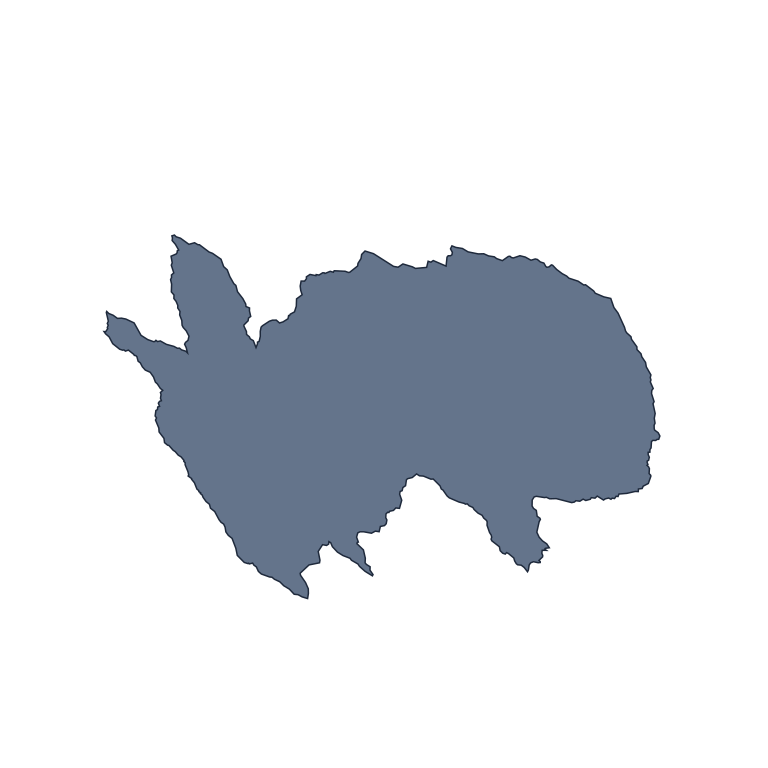 the district of Chitagà, Norte de Santander, Colombia, rotated 317°
{"feature_id": "7082276B34318906622646", "entity_name": "Chitagà", "entity_type": "district", "adm_level": 2, "iso_a3": "COL", "parent_name": "Colombia", "parent_adm1": "Norte de Santander", "projection": "equal_earth", "projection_center": [-72.568, 7.068], "detail": "fine", "context": "isolated", "style": "filled", "palette": "slate", "viewbox_px": 768, "rotation_deg": 317, "n_neighbors": 0, "source": "geoboundaries", "source_scale": "gbopen_adm2", "svg_char_len": 6171}
<svg xmlns="http://www.w3.org/2000/svg" viewBox="0 0 768 768"><g transform="rotate(317 384 384)"><path d="M608.2,476.1L604.2,470.2L600.4,461.7L600.8,459.0L599.1,448.9L597.6,447.8L596.1,441.2L591.4,432.7L591.2,429.6L589.6,424.9L588.4,418.1L588.3,412.1L587.6,411.0L584.6,410.9L582.7,409.7L582.5,408.3L583.4,404.6L581.6,401.4L581.1,397.5L579.9,395.7L575.9,393.7L573.9,387.5L570.9,382.9L564.5,380.0L563.5,378.5L563.2,376.4L561.9,375.5L554.7,374.5L551.9,369.1L551.4,366.2L547.8,361.6L545.8,356.8L541.7,353.2L535.6,344.7L533.8,338.4L529.7,333.1L527.9,329.3L524.8,330.5L523.8,334.3L521.9,335.8L520.2,335.6L518.4,334.0L516.6,334.2L509.8,340.1L504.2,327.3L501.4,326.9L500.0,324.3L494.7,327.8L485.8,320.9L484.7,317.7L479.7,309.1L474.0,308.2L471.2,304.5L465.2,281.5L460.8,273.8L456.0,274.0L452.7,276.6L447.3,278.0L445.2,279.7L435.1,278.9L434.0,278.1L432.5,275.1L424.8,267.2L423.2,267.7L421.5,264.9L416.2,262.9L416.1,261.9L414.9,260.8L410.8,260.0L409.0,257.7L408.1,258.3L404.6,253.4L400.3,252.7L399.1,254.1L396.1,254.6L393.6,252.2L389.5,255.2L386.9,258.8L385.0,262.9L378.1,262.1L372.9,267.3L367.7,270.2L363.1,269.0L361.5,269.5L360.9,268.9L358.3,270.8L352.5,269.7L349.2,268.1L348.8,263.8L345.9,261.2L343.0,259.9L334.8,258.5L332.9,258.6L329.4,261.1L326.0,264.8L321.7,267.7L320.0,267.1L319.0,268.3L315.2,270.1L318.0,263.2L317.0,259.8L317.7,257.7L317.3,254.0L319.2,251.8L321.1,245.9L321.9,245.3L327.7,245.1L329.9,243.4L332.6,243.7L335.5,238.7L337.5,236.7L335.9,233.2L337.4,231.2L339.0,225.3L339.8,216.6L342.9,210.9L342.6,208.2L344.5,200.3L347.2,193.6L346.8,188.8L349.9,181.6L347.7,171.5L346.1,168.2L344.0,156.3L342.9,155.2L341.8,151.5L336.6,148.8L334.6,138.6L332.4,134.6L332.3,132.1L329.9,131.0L328.9,132.9L326.9,134.6L326.7,139.6L325.2,146.0L323.6,145.6L322.4,146.8L320.8,147.2L315.4,145.3L311.7,151.0L309.5,152.0L306.0,159.4L302.9,159.3L301.3,161.2L299.1,162.1L296.8,166.1L291.3,171.6L291.1,175.7L288.6,178.2L288.3,181.7L286.8,185.9L285.0,187.7L284.3,191.8L281.7,194.1L279.4,199.7L276.4,203.3L275.7,205.7L275.6,210.2L274.0,216.0L270.4,218.4L267.2,218.2L265.3,218.9L264.1,222.6L261.5,227.2L261.4,224.9L259.2,220.9L258.9,218.3L257.3,217.0L256.0,213.2L251.9,206.6L249.8,200.0L247.3,198.5L247.0,196.5L245.3,196.6L244.3,195.8L241.5,190.4L239.5,182.7L242.9,168.9L239.5,160.4L236.9,156.8L233.8,154.2L232.8,149.0L230.8,144.7L230.7,141.8L229.7,142.3L225.2,150.1L222.9,151.0L222.4,152.9L220.1,154.0L219.7,155.1L216.1,155.9L215.0,154.7L214.6,157.4L215.1,162.1L213.1,169.5L214.4,178.3L215.9,181.0L217.0,181.7L217.3,183.6L220.2,184.9L221.2,191.7L220.9,192.8L221.8,193.9L221.9,195.5L219.7,199.7L220.2,202.3L219.0,206.6L218.9,211.0L221.0,216.0L220.2,221.7L218.1,226.7L218.3,229.4L217.4,234.8L217.9,237.7L214.7,237.7L213.7,239.7L210.8,242.0L209.8,244.4L208.0,243.6L205.9,244.1L204.6,247.3L202.8,246.5L200.9,248.2L199.1,247.8L194.8,251.3L194.5,253.7L192.3,254.5L189.3,262.6L186.8,265.7L186.0,273.7L183.5,277.2L184.0,281.1L184.8,282.3L184.6,288.6L185.2,291.1L185.0,295.7L185.9,298.9L185.6,303.5L184.8,304.1L184.9,305.9L183.5,307.4L180.8,314.5L179.1,317.4L178.0,317.7L178.8,322.0L178.3,322.4L178.0,326.9L175.5,333.3L175.8,335.5L175.2,336.5L175.7,338.5L175.0,338.8L175.3,341.3L174.4,343.4L173.7,348.6L174.3,352.9L172.4,356.5L173.2,361.8L170.8,370.8L170.5,374.0L171.2,377.1L170.1,380.4L167.5,384.3L166.9,388.5L167.6,393.3L163.6,403.1L159.8,409.3L160.1,419.2L162.1,422.7L162.8,422.8L162.9,423.8L165.8,425.4L165.3,427.7L165.9,430.7L164.3,435.5L164.7,439.3L168.7,447.1L170.3,448.9L170.7,452.1L172.9,457.6L173.1,463.2L174.9,469.5L174.9,476.5L177.5,479.5L178.9,483.8L181.8,488.8L185.9,485.6L189.0,482.1L191.2,475.7L192.5,467.0L193.6,465.2L205.8,465.2L214.9,470.8L217.0,469.2L221.7,461.6L229.5,459.6L231.9,462.9L234.4,463.3L236.2,461.7L236.8,463.7L235.3,467.8L235.3,475.2L237.0,481.5L240.3,488.3L240.0,490.7L242.2,497.9L241.7,500.7L242.4,508.2L244.7,516.4L246.0,515.9L246.8,510.6L249.2,508.2L248.1,504.0L248.2,501.9L251.5,498.7L255.8,491.3L255.3,482.4L256.4,481.6L257.4,482.1L259.5,477.3L263.3,475.0L265.6,475.7L268.4,478.3L273.1,484.6L277.3,485.7L279.7,488.7L284.2,485.7L287.8,487.9L290.3,487.7L293.4,485.4L294.1,483.0L296.8,480.4L299.2,480.3L299.9,481.3L301.3,480.9L304.7,482.9L308.1,482.7L310.5,485.5L317.7,481.1L320.3,475.2L322.5,473.6L324.5,474.4L327.2,472.6L330.4,473.1L335.0,469.4L336.6,469.3L340.9,471.7L346.5,472.0L347.3,475.3L350.0,478.2L353.4,485.6L355.2,487.1L355.5,496.8L354.3,499.8L354.8,501.8L353.8,508.9L354.1,511.8L358.3,521.4L361.4,526.3L361.5,527.3L363.2,528.5L363.2,531.1L364.8,534.9L364.3,537.2L364.7,542.6L366.2,546.9L365.5,550.0L365.9,553.7L365.5,555.1L363.0,557.6L359.9,564.6L359.4,567.5L358.3,569.5L356.5,570.5L355.9,572.2L357.4,581.7L355.3,585.1L355.4,588.7L356.7,591.1L358.7,590.9L359.4,592.9L360.3,599.7L358.9,602.5L358.2,605.6L358.4,607.3L360.8,610.1L361.4,613.8L360.9,619.2L362.8,618.5L366.7,615.4L369.2,614.8L372.1,615.9L374.9,619.9L376.5,621.1L377.1,620.5L377.0,618.7L382.1,618.6L383.2,617.6L384.0,615.4L386.3,613.5L389.3,616.4L388.9,614.4L389.9,614.2L393.2,616.5L394.0,611.9L392.9,606.8L393.0,601.8L394.7,596.6L403.6,590.5L406.0,589.7L406.5,588.5L405.8,585.2L409.2,580.3L408.5,577.0L409.1,574.2L413.3,569.9L416.9,569.0L418.9,570.1L423.9,576.5L425.5,577.6L426.9,581.0L431.8,585.3L440.4,598.8L442.8,600.2L444.7,600.2L447.3,603.3L451.1,604.0L452.1,606.8L456.3,609.0L458.1,608.5L460.5,611.4L463.5,611.4L465.4,618.6L467.5,618.9L470.5,620.6L471.4,623.1L473.0,623.1L474.5,625.0L477.2,624.4L478.4,625.9L480.8,624.7L487.0,629.6L494.4,633.9L496.6,636.1L498.5,634.3L501.5,636.5L503.9,635.5L509.5,637.0L516.2,633.5L516.8,632.7L516.8,630.3L520.4,626.9L521.0,625.1L520.9,622.8L522.1,622.9L523.0,620.7L524.1,619.8L525.4,620.3L528.1,618.5L529.0,615.9L530.6,614.1L532.0,615.2L533.8,613.3L535.7,612.9L540.4,608.5L542.2,608.6L544.2,610.6L545.8,610.7L547.2,611.8L550.3,610.2L551.3,606.6L550.5,602.3L551.2,600.9L553.4,598.4L555.5,597.5L558.3,593.4L562.2,590.5L567.3,581.9L569.5,581.1L573.1,573.5L575.5,571.3L577.8,570.9L580.2,564.1L582.0,563.1L583.1,560.9L585.4,559.4L587.5,550.4L590.0,546.6L591.1,539.9L592.6,537.1L592.5,531.3L594.3,529.3L595.5,520.1L596.9,517.8L596.4,512.2L596.8,510.0L598.6,506.5L603.5,491.8L604.3,484.9L608.2,476.1Z" fill="#64748b" stroke="#1e293b" stroke-width="1.5"/></g></svg>